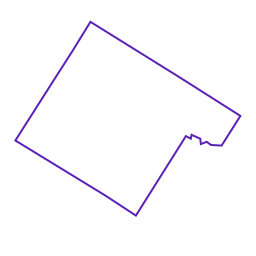 Johnson, Iowa, United States of America, rotated 302°
{"feature_id": "52423323B53709220600977", "entity_name": "Johnson", "entity_type": "district", "adm_level": 2, "iso_a3": "USA", "parent_name": "United States of America", "parent_adm1": "Iowa", "projection": "orthographic", "projection_center": [-91.562, 41.643], "detail": "fine", "context": "isolated", "style": "outline", "palette": "violet", "viewbox_px": 256, "rotation_deg": 302, "n_neighbors": 0, "source": "geoboundaries", "source_scale": "gbopen_adm2", "svg_char_len": 361}
<svg xmlns="http://www.w3.org/2000/svg" viewBox="0 0 256 256"><g transform="rotate(302 128 128)"><path d="M57.7,39.1L58.7,145.0L57.9,181.1L151.8,181.4L152.2,186.9L155.9,185.5L157.2,195.0L153.0,198.3L158.0,202.1L157.6,207.4L162.7,216.7L197.8,216.9L198.3,145.9L198.1,39.9L163.2,40.1L128.2,39.7L57.7,39.1Z" fill="none" stroke="#5b21b6" stroke-width="2"/></g></svg>